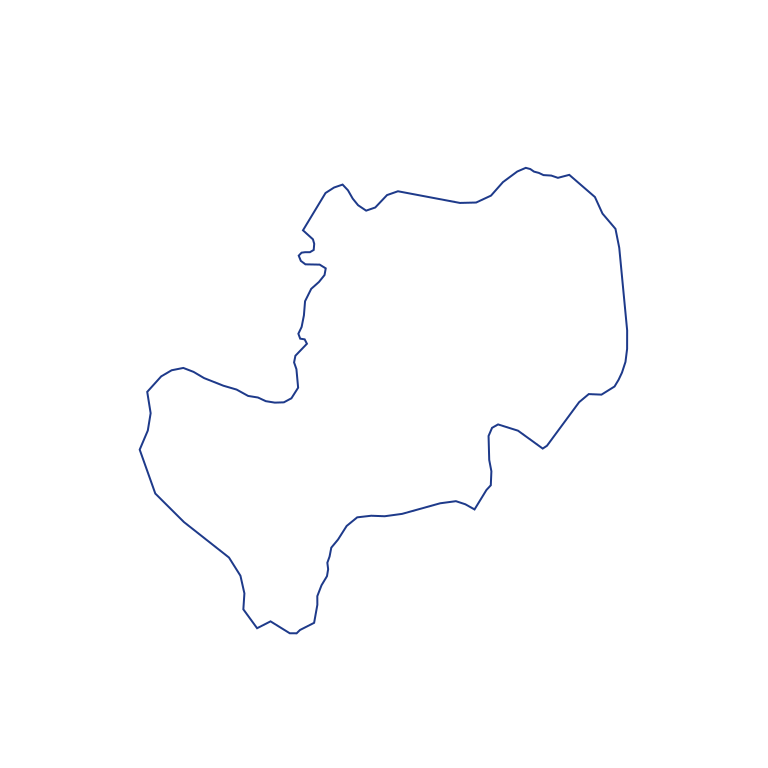 Al Bayda', Mercator projection, rotated 301°
{"feature_id": "YEM-333", "entity_name": "Al Bayda'", "entity_type": "Governorate", "adm_level": 1, "iso_a3": "YEM", "parent_name": "Yemen", "parent_adm1": "", "projection": "mercator", "projection_center": [45.347, 14.319], "detail": "fine", "context": "isolated", "style": "outline", "palette": "blue", "viewbox_px": 768, "rotation_deg": 301, "n_neighbors": 0, "source": "natural_earth", "source_scale": "10m", "svg_char_len": 1606}
<svg xmlns="http://www.w3.org/2000/svg" viewBox="0 0 768 768"><g transform="rotate(301 384 384)"><path d="M255.3,185.1L275.8,189.1L286.4,194.9L294.4,203.7L296.3,214.5L296.4,226.7L299.8,247.2L303.3,260.5L303.8,273.7L307.5,282.9L308.4,291.5L311.8,300.0L316.7,307.6L324.1,312.0L336.6,312.3L351.6,301.3L356.2,295.8L362.6,293.5L378.8,297.2L381.4,293.0L379.7,288.8L383.0,284.7L390.5,284.0L401.6,280.0L414.3,273.7L428.1,272.6L438.0,275.7L446.8,276.9L453.1,274.5L453.2,267.4L446.1,255.0L446.7,249.3L450.1,244.8L454.1,245.7L456.2,248.3L458.8,252.6L462.7,254.7L468.2,252.0L471.4,248.6L474.0,235.4L517.6,235.5L526.7,240.0L533.6,245.8L531.5,253.3L526.8,261.7L523.9,269.7L523.4,279.4L530.8,285.6L547.5,289.3L556.4,296.7L578.3,355.8L587.0,369.5L600.6,378.7L618.4,382.0L634.8,388.8L642.3,394.2L643.6,398.7L643.3,403.2L644.7,408.0L645.2,413.1L648.8,420.0L650.3,426.9L658.7,435.1L652.9,468.5L642.6,483.5L636.2,502.5L621.9,515.5L555.2,564.8L539.3,574.3L527.3,579.6L516.4,582.1L508.5,582.9L500.6,582.9L486.9,575.9L480.8,564.7L468.9,560.6L415.0,555.5L410.4,553.3L413.0,522.9L408.1,502.6L402.1,499.2L393.3,500.4L373.1,513.3L364.5,521.0L352.2,527.7L346.0,526.4L323.1,526.2L322.8,515.7L320.6,506.0L310.7,493.6L282.0,466.4L271.0,452.7L264.5,440.9L255.9,429.7L243.1,425.1L227.0,424.7L216.6,423.1L208.1,426.2L201.6,427.5L196.5,431.5L189.9,434.1L179.3,434.1L167.8,436.1L160.4,440.6L143.3,447.1L129.9,438.7L125.3,437.5L121.8,431.6L122.1,409.0L109.3,401.0L118.4,379.5L132.6,372.2L145.7,359.7L155.4,340.5L162.6,283.7L172.3,244.4L201.9,208.4L222.5,205.5L238.8,199.0L255.3,185.1Z" fill="none" stroke="#1e3a8a" stroke-width="2"/></g></svg>